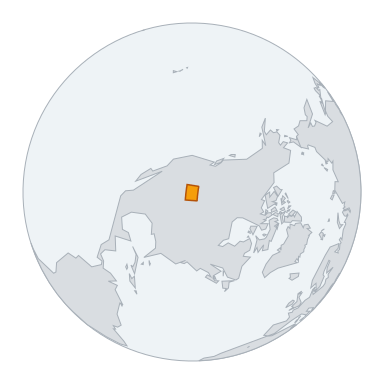 Wyoming highlighted on a globe, orthographic projection, rotated 97°
{"feature_id": "USA-3527", "entity_name": "Wyoming", "entity_type": "State", "adm_level": 1, "iso_a3": "USA", "parent_name": "United States of America", "parent_adm1": "", "projection": "orthographic", "projection_center": [-107.983, 43.0], "detail": "fine", "context": "on_globe", "style": "filled", "palette": "amber", "viewbox_px": 384, "rotation_deg": 97, "n_neighbors": 0, "source": "natural_earth", "source_scale": "10m", "svg_char_len": 11407}
<svg xmlns="http://www.w3.org/2000/svg" viewBox="0 0 384 384"><g transform="rotate(97 192 192)"><circle cx="192" cy="192" r="169" fill="#eef3f6" stroke="#a8b0b8"/><path d="M37.6,260.4L38.0,261.4L37.6,260.4ZM300.6,321.4L298.7,323.0L298.4,323.2L287.0,331.7L274.9,339.2L262.3,345.6L268.1,342.4L276.9,336.4L289.5,319.4L288.0,317.3L278.6,317.8L267.6,307.5L271.8,299.2L268.8,296.9L278.5,282.4L275.1,273.1L271.5,272.9L268.3,278.2L255.2,275.7L249.6,268.6L204.5,262.3L198.9,258.1L197.3,250.4L175.0,224.1L188.1,249.2L180.8,244.7L173.6,235.7L176.0,233.5L169.1,219.9L161.6,214.4L155.6,196.3L159.6,173.5L163.0,177.4L163.6,171.8L159.4,166.7L156.5,164.8L152.8,141.7L140.1,127.5L132.1,128.6L137.0,124.4L119.1,130.6L109.7,128.2L122.9,127.6L126.1,125.2L120.9,121.7L123.2,118.4L122.0,115.0L125.1,111.6L132.5,112.0L134.7,109.9L130.9,107.6L131.6,103.1L136.9,106.6L138.7,99.2L151.5,99.3L163.0,113.2L172.6,111.7L191.0,122.2L191.8,118.9L199.3,121.3L203.0,118.4L205.4,121.5L206.3,116.6L203.5,114.3L202.9,111.4L204.9,109.6L208.2,113.2L207.7,114.6L209.7,114.8L210.6,117.4L211.3,115.1L215.1,119.9L214.2,112.6L219.7,114.3L221.4,118.2L217.4,121.1L211.5,138.5L212.0,144.0L216.8,148.5L233.9,149.9L236.1,155.0L241.8,159.4L242.4,154.9L238.1,149.9L240.6,143.1L235.0,138.3L235.3,134.9L231.1,129.0L235.9,126.6L242.8,127.6L246.5,132.5L249.6,133.2L249.5,126.1L259.6,133.4L271.9,135.2L274.0,137.7L272.2,146.4L263.7,152.2L261.4,165.0L267.1,153.5L272.5,160.6L275.1,160.6L277.3,158.5L276.9,154.7L279.6,156.7L274.9,168.3L272.4,166.7L273.9,162.9L270.0,165.9L266.8,174.5L269.8,177.7L262.0,188.4L264.0,191.0L263.4,195.0L260.7,190.1L265.4,199.4L256.7,215.4L262.8,231.8L252.2,221.4L245.6,221.9L238.1,224.5L239.0,227.2L227.8,227.8L219.6,235.7L219.4,249.7L225.5,258.8L237.6,256.5L240.0,250.2L248.1,246.7L245.0,262.9L259.8,260.5L259.9,271.4L264.6,275.2L271.3,271.3L278.4,270.9L282.5,263.0L289.5,256.2L290.7,264.2L293.8,254.7L298.3,256.4L311.6,247.5L310.9,250.1L322.3,251.5L332.8,246.1L335.2,249.3L334.2,253.8L337.4,251.2L337.4,253.3L348.5,241.3L352.6,237.8L351.5,244.9L346.0,259.6L336.3,279.9L325.2,295.7L319.2,303.2L318.3,304.2L309.8,313.2L300.6,321.4ZM73.8,225.3L74.4,221.7L75.9,225.1L73.8,225.3ZM73.6,218.8L73.7,220.2L73.4,218.9L73.6,218.8ZM72.6,217.4L73.4,218.4L72.4,217.6L72.6,217.4ZM71.2,215.9L72.0,216.5L71.9,216.6L71.2,215.9ZM263.4,237.6L280.2,239.0L272.0,243.7L273.3,241.6L268.8,240.0L260.8,239.9L253.3,244.3L263.4,237.6ZM69.3,212.5L68.9,211.6L69.8,211.9L69.3,212.5ZM267.9,225.8L265.1,226.3L267.7,225.1L267.9,225.8ZM154.8,164.6L159.1,167.0L162.0,173.0L158.2,171.3L154.8,164.6ZM149.5,153.7L152.1,153.7L151.2,159.3L150.0,157.6L149.5,153.7ZM125.9,130.3L128.9,132.0L125.2,131.6L125.9,130.3ZM121.2,115.2L119.7,115.8L119.7,113.8L121.2,115.2ZM228.8,130.8L229.9,129.9L230.1,131.5L228.8,130.8ZM225.9,129.1L225.2,131.5L223.8,131.1L224.2,129.6L225.9,129.1ZM124.5,106.9L125.1,103.7L125.8,106.9L124.5,106.9ZM227.0,126.3L221.3,130.1L218.7,129.4L218.1,123.2L227.0,126.3ZM126.2,101.8L127.4,94.4L124.0,95.1L134.3,89.4L129.9,97.4L131.3,101.2L128.6,100.2L126.2,101.8ZM201.7,114.3L204.9,116.7L200.5,116.5L201.7,114.3ZM199.0,114.9L186.3,119.0L182.6,114.9L187.6,114.2L181.4,110.5L185.9,106.5L190.3,107.6L191.8,111.0L192.4,106.9L199.0,114.9ZM139.8,87.7L141.2,86.1L141.1,87.9L139.8,87.7ZM202.4,110.3L200.1,111.3L196.8,107.8L200.7,105.0L200.5,107.0L202.4,110.3ZM177.6,111.6L175.8,108.7L178.9,104.5L178.7,102.9L185.7,106.0L177.6,111.6ZM202.3,106.9L202.8,103.8L206.1,103.9L204.4,109.0L202.3,106.9ZM194.3,108.1L192.9,106.3L194.9,106.4L194.3,108.1ZM218.2,102.9L215.6,104.0L213.6,102.2L218.2,102.9ZM202.7,102.6L201.6,102.6L200.5,102.1L201.5,100.1L202.7,102.6ZM187.4,103.0L189.1,102.0L184.7,101.5L186.9,98.6L191.2,101.3L190.3,98.9L190.9,98.0L193.7,101.2L187.4,103.0ZM199.3,96.6L205.5,99.4L210.8,97.6L212.7,99.1L203.9,101.8L199.3,96.6ZM195.8,99.0L198.4,97.8L199.4,100.2L198.3,102.4L195.8,99.0ZM186.8,95.7L182.4,99.4L181.6,98.8L186.8,95.7ZM200.7,95.6L199.1,95.0L200.9,95.2L200.7,95.6ZM190.9,95.1L189.4,96.5L188.5,95.6L190.9,95.1ZM197.3,92.7L199.3,93.5L198.6,95.0L197.3,92.7ZM194.2,93.4L193.4,91.9L197.1,95.1L193.7,94.1L194.2,93.4ZM190.3,94.1L189.3,94.0L191.0,93.6L190.3,94.1ZM198.9,86.7L203.8,90.3L202.2,93.5L197.6,89.6L198.9,86.7ZM286.5,52.0L285.6,51.5L270.1,42.3L261.6,38.1L274.4,44.5L286.5,52.0ZM255.3,35.3L260.8,38.1L254.3,35.6L262.4,39.1L261.5,38.4L266.6,40.8L267.7,41.7L265.3,40.6L268.6,42.7L279.0,47.7L289.9,54.9L291.4,55.4L295.4,58.5L294.5,58.8L292.0,57.4L293.0,61.9L296.5,63.9L295.8,60.0L297.5,61.7L302.3,65.1L300.0,63.9L299.7,68.4L307.2,77.3L322.4,93.0L325.5,99.1L325.5,103.3L314.1,95.1L308.4,82.5L304.3,80.0L300.5,81.6L299.1,77.8L296.9,77.1L294.2,72.7L285.6,66.5L282.2,62.5L274.1,60.3L271.2,58.1L276.8,59.9L278.9,59.3L269.8,50.6L266.7,48.9L262.2,48.4L260.2,46.3L257.0,46.9L249.5,42.8L255.9,48.5L250.8,48.6L243.7,46.6L243.1,47.8L254.7,51.3L258.3,51.8L259.5,50.5L270.2,53.6L274.4,56.7L267.5,57.8L272.7,62.4L265.1,61.8L238.5,52.0L229.8,48.2L225.3,40.0L230.1,40.1L234.0,43.0L234.7,39.5L232.6,40.1L231.0,38.6L225.6,38.8L224.2,37.8L221.5,40.0L219.2,38.8L221.0,37.4L211.1,37.3L205.1,35.5L203.5,36.0L203.6,37.1L195.9,34.4L195.0,35.0L197.3,36.0L197.1,37.8L193.8,40.2L191.3,39.1L192.2,38.1L190.2,34.7L192.9,32.6L191.5,32.4L188.6,34.1L191.0,38.2L189.7,40.0L187.9,37.9L188.4,38.8L187.0,39.4L183.3,39.1L185.0,41.3L172.7,50.5L164.3,51.3L164.0,48.1L152.9,54.8L144.2,55.9L146.3,56.8L142.3,61.0L145.0,60.7L145.7,61.4L136.7,73.3L132.7,75.5L131.1,82.4L132.2,82.9L135.1,81.6L134.3,89.4L124.0,95.1L122.1,93.5L117.0,98.4L113.4,94.3L108.1,93.5L107.2,86.7L103.1,86.9L101.5,88.9L94.7,91.1L86.1,89.3L99.9,81.9L114.2,84.6L109.0,82.5L112.2,80.5L111.6,78.4L107.7,77.4L106.0,78.7L110.2,65.9L105.0,61.0L100.4,66.4L95.2,69.4L85.2,70.5L84.9,62.8L77.9,68.3L75.9,69.7L78.5,66.9L81.5,64.8L86.3,60.8L87.5,60.2L92.7,55.6L94.8,54.6L97.8,51.9L94.1,54.4L88.7,58.5L89.9,57.4L100.1,50.2L110.8,43.8L122.0,38.2L133.5,33.5L145.3,29.6L157.4,26.6L169.7,24.5L182.1,23.3L194.6,23.1L207.0,23.7L219.4,25.3L231.6,27.7L243.6,31.1L255.3,35.3ZM358.7,164.7L355.4,159.9L352.5,150.1L348.8,144.1L326.1,100.3L324.9,95.2L311.1,74.7L310.1,73.0L315.6,77.8L310.8,71.8L318.9,80.4L326.3,89.5L333.2,99.2L339.3,109.3L344.7,119.7L349.4,130.6L353.3,141.7L356.4,153.1L358.7,164.7ZM338.1,116.1L339.7,118.1L338.1,116.1ZM230.6,27.5L229.6,27.3L232.9,28.2L243.5,31.1L243.1,31.0L230.6,27.5ZM312.0,247.1L313.7,247.6L311.7,249.1L312.0,247.1ZM271.6,247.8L274.8,246.6L276.7,247.3L274.4,248.7L271.6,247.8ZM296.9,235.4L300.2,234.2L297.0,236.9L296.9,235.4ZM282.6,238.9L294.2,236.6L288.0,242.8L280.6,244.3L285.3,241.2L282.6,238.9ZM267.8,231.7L270.0,231.6L269.8,233.5L267.8,231.7ZM269.8,225.0L269.0,225.5L267.7,224.5L269.8,225.0ZM272.7,159.8L273.2,159.0L275.7,157.6L275.2,159.7L272.7,159.8ZM282.8,144.1L286.9,147.6L283.6,146.3L283.7,149.7L276.9,151.4L274.8,139.0L277.0,144.2L282.8,144.1ZM267.3,150.9L271.8,150.8L266.9,151.4L267.3,150.9ZM287.0,78.7L287.7,77.1L291.1,78.8L295.4,84.9L290.6,82.4L287.0,78.7ZM287.9,74.5L280.0,74.4L277.0,71.0L280.0,72.9L278.8,70.6L283.4,73.0L288.3,70.2L291.6,71.6L297.8,81.5L294.0,77.3L293.5,79.0L287.9,74.5ZM264.8,83.9L261.3,84.7L259.4,75.9L262.9,76.2L267.4,82.0L265.9,85.2L264.8,83.9ZM227.1,115.0L225.9,116.6L224.9,115.5L225.2,113.3L227.1,115.0ZM217.2,103.5L231.4,107.4L230.7,109.3L239.9,109.7L241.7,115.0L235.7,114.4L243.9,119.1L239.2,120.7L245.0,123.4L231.5,121.6L227.6,123.5L231.3,119.3L229.7,114.3L227.9,112.8L219.8,109.9L210.7,112.0L207.7,107.8L208.0,104.3L209.8,103.1L211.2,106.1L212.5,102.4L215.8,106.0L217.2,103.5ZM213.4,70.2L214.3,73.3L217.5,68.1L220.8,70.9L221.0,70.2L224.9,71.5L230.0,71.8L231.0,73.5L232.6,72.9L235.2,73.9L237.7,73.8L240.3,76.9L243.5,77.0L242.9,78.4L247.8,77.9L245.3,79.7L248.5,81.4L249.3,78.8L257.1,97.4L262.4,104.4L268.1,109.5L263.1,112.4L254.5,109.7L245.0,104.3L240.7,97.4L239.2,100.2L236.7,97.7L238.9,96.6L234.0,97.0L232.5,94.7L224.1,91.1L217.9,93.5L214.6,92.4L216.3,90.4L211.9,90.7L212.9,86.2L210.6,85.4L209.3,80.4L213.9,77.2L211.0,76.6L209.9,72.9L213.4,70.2ZM198.7,85.3L203.5,80.4L207.6,79.7L208.2,88.9L210.1,90.2L210.6,96.4L204.5,97.4L205.0,95.5L204.0,93.9L206.2,94.2L203.7,92.8L204.1,90.2L202.3,88.4L204.3,87.3L198.7,85.3ZM306.5,69.6L305.2,68.1L302.7,65.6L305.6,67.8L306.5,69.6ZM306.6,72.7L305.1,71.0L308.0,72.5L309.3,74.2L306.6,72.7ZM301.7,69.0L304.7,70.8L303.9,70.8L301.7,69.0ZM275.2,58.5L273.3,57.0L274.1,56.8L276.3,57.7L275.2,58.5ZM223.5,56.6L223.4,58.2L222.2,58.0L218.7,60.6L215.9,58.9L217.0,56.7L223.5,56.6ZM295.0,58.1L294.5,57.7L294.1,57.4L295.0,58.1ZM219.9,55.1L218.8,56.3L218.1,54.8L219.9,55.1ZM213.7,57.8L212.5,56.1L215.2,59.0L213.7,57.8ZM194.7,44.6L202.7,42.7L206.6,40.8L206.0,38.5L210.3,41.2L204.3,44.1L194.7,44.6ZM175.7,49.8L176.3,52.1L173.8,52.0L173.3,51.4L175.7,49.8ZM177.7,50.6L182.7,51.9L181.6,53.8L177.8,52.4L177.7,50.6ZM201.6,52.6L204.1,52.1L204.6,53.3L201.6,52.6ZM38.0,261.3L36.8,258.9L37.6,260.4L38.0,261.3ZM67.7,78.2L69.7,76.4L67.8,78.8L67.0,79.3L67.7,78.2ZM63.7,85.9L68.0,78.9L71.8,73.8L69.5,76.2L68.3,77.0L73.0,72.3L72.1,74.3L68.8,78.6L70.5,77.9L69.4,80.8L73.1,78.7L73.4,79.8L69.0,83.2L63.7,85.9ZM74.8,77.6L80.9,76.1L76.3,81.9L74.0,83.5L73.2,81.7L75.6,78.7L74.8,77.6ZM81.0,77.6L83.4,74.8L97.3,69.0L99.1,69.3L86.2,76.2L87.7,74.0L85.1,74.6L81.0,77.6ZM139.6,85.8L141.0,86.1L139.2,87.0L139.6,85.8ZM147.2,61.2L147.8,62.4L145.7,63.2L147.2,61.2ZM148.4,66.3L150.4,64.5L149.4,66.8L148.4,66.3ZM154.7,60.5L151.7,64.0L153.1,60.1L154.7,60.5Z" fill="#d9dde1" stroke="#a8b0b8" stroke-width="1"/><path d="M185.2,197.8L185.2,197.6L185.2,197.4L185.2,197.2L185.2,196.9L185.2,196.7L185.2,196.3L185.2,196.1L185.2,195.9L185.2,195.7L185.3,195.6L185.3,195.4L185.3,195.2L185.3,194.8L185.3,194.4L185.3,193.9L185.3,193.4L185.3,193.0L185.4,192.5L185.4,192.1L185.4,191.6L185.4,191.1L185.4,190.7L185.4,190.2L185.5,189.8L185.5,189.3L185.5,188.8L185.5,188.4L185.5,187.9L185.5,187.5L185.6,187.4L185.6,187.2L185.6,186.9L185.6,186.7L185.6,186.4L185.6,186.2L185.9,186.0L186.2,186.0L186.4,186.0L186.6,186.0L186.8,186.0L187.1,186.0L187.3,186.0L187.5,186.0L187.8,186.1L188.0,186.1L188.4,186.1L188.7,186.1L188.9,186.1L189.1,186.1L189.3,186.1L189.6,186.1L189.8,186.1L190.0,186.1L190.5,186.1L190.9,186.1L191.2,186.1L191.4,186.1L191.6,186.1L191.8,186.1L192.1,186.1L192.3,186.1L192.5,186.1L193.0,186.1L193.4,186.1L193.6,186.1L193.9,186.1L194.1,186.1L194.3,186.1L194.6,186.1L194.8,186.1L195.0,186.1L195.5,186.1L195.9,186.1L196.1,186.1L196.4,186.0L196.6,186.0L196.8,186.0L197.1,186.0L197.3,186.0L197.5,186.0L198.0,186.0L198.4,186.0L198.6,186.0L198.9,186.0L199.1,186.0L199.3,186.0L199.5,185.9L199.8,185.9L200.0,185.9L200.2,186.3L200.2,186.7L200.2,187.0L200.3,187.4L200.3,187.8L200.3,188.1L200.3,188.5L200.3,188.9L200.3,189.2L200.4,189.6L200.4,190.0L200.4,190.3L200.4,190.7L200.4,191.1L200.5,191.4L200.5,191.8L200.5,192.2L200.5,192.5L200.5,192.9L200.5,193.3L200.6,193.6L200.6,194.0L200.6,194.4L200.6,194.7L200.6,195.1L200.6,195.5L200.7,195.9L200.7,196.2L200.7,196.6L200.7,197.0L200.7,197.3L200.7,197.7L200.1,197.7L199.8,197.7L199.4,197.7L199.1,197.8L198.7,197.8L198.4,197.8L198.0,197.8L197.7,197.8L197.3,197.8L197.0,197.8L196.6,197.8L196.3,197.8L195.9,197.9L195.6,197.9L195.2,197.9L194.9,197.9L194.5,197.9L194.2,197.9L193.8,197.9L193.5,197.9L193.1,197.9L192.8,197.9L192.4,197.9L192.1,197.9L191.7,197.9L191.4,197.9L191.0,197.9L190.7,197.9L190.3,197.9L190.0,197.9L189.6,197.9L189.4,197.9L189.1,197.9L188.8,197.9L188.5,197.9L188.2,197.9L187.7,197.8L187.4,197.8L187.1,197.8L186.8,197.8L186.6,197.8L186.3,197.8L186.0,197.8L185.7,197.8L185.2,197.8L185.2,197.8Z" fill="#f59e0b" stroke="#b45309" stroke-width="1.5"/></g></svg>